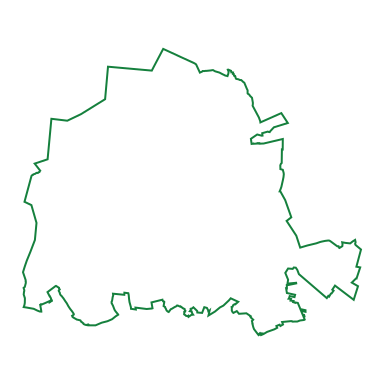 San Diego de la Unión, Guanajuato, Mexico
{"feature_id": "50627088B13411360723514", "entity_name": "San Diego de la Unión", "entity_type": "district", "adm_level": 2, "iso_a3": "MEX", "parent_name": "Mexico", "parent_adm1": "Guanajuato", "projection": "robinson", "projection_center": [-100.814, 21.457], "detail": "fine", "context": "isolated", "style": "outline", "palette": "green", "viewbox_px": 384, "rotation_deg": 0, "n_neighbors": 0, "source": "geoboundaries", "source_scale": "gbopen_adm2", "svg_char_len": 5829}
<svg xmlns="http://www.w3.org/2000/svg" viewBox="0 0 384 384"><path d="M23.7,307.1L25.8,307.4L33.7,308.8L37.4,310.6L39.7,311.5L41.3,311.6L41.3,311.1L40.2,304.9L40.8,304.8L40.8,304.3L40.9,304.2L41.4,304.2L42.0,304.4L42.3,304.3L43.5,303.7L43.9,303.6L49.3,301.2L49.5,302.4L50.5,301.8L50.6,301.3L50.4,300.9L50.5,300.7L50.9,300.9L51.7,301.0L51.9,300.9L51.9,300.4L51.2,299.3L50.9,298.2L49.8,296.1L49.6,296.2L47.5,292.1L55.5,286.1L56.0,285.9L59.0,287.8L59.0,288.4L59.3,288.7L59.3,288.9L59.7,289.5L59.1,290.0L58.7,290.7L58.8,291.0L59.0,291.4L59.8,292.7L59.8,293.3L60.2,294.4L60.8,295.3L61.9,296.3L62.8,297.6L63.3,298.1L65.3,301.2L66.8,303.3L68.3,306.1L70.0,308.7L72.2,311.5L73.7,313.8L73.8,314.5L73.6,314.6L72.9,315.3L72.1,315.8L72.4,316.3L72.5,316.3L72.8,316.9L72.7,317.0L73.1,317.4L76.9,319.6L77.6,319.7L80.4,320.4L81.3,321.9L81.9,322.1L82.1,322.4L82.6,322.7L82.9,323.1L83.3,323.3L83.3,323.6L83.7,324.1L85.3,324.8L87.4,325.2L87.3,324.7L88.2,324.4L88.8,324.8L89.0,325.2L89.2,325.3L95.6,325.3L101.7,322.7L107.5,321.2L112.1,319.2L115.7,316.3L118.2,314.7L118.0,314.3L115.5,311.3L114.5,309.7L112.9,305.5L112.3,304.5L112.0,303.7L111.7,303.4L111.6,302.9L111.6,301.7L111.9,301.3L112.2,300.1L112.7,296.9L113.2,295.5L113.0,293.7L124.3,294.8L124.4,292.7L128.3,293.2L128.7,295.0L129.1,299.3L129.5,302.1L130.9,307.2L131.0,308.8L135.8,309.5L135.5,307.6L146.7,309.0L151.9,308.5L152.5,308.3L151.5,302.4L162.4,299.7L162.5,300.2L163.1,301.3L163.7,301.3L164.3,301.9L163.6,306.1L165.1,307.0L165.2,307.7L165.8,308.6L166.4,310.1L166.7,310.6L167.8,311.6L168.7,312.0L170.8,309.2L172.0,308.7L174.4,307.2L176.6,306.1L177.0,305.5L177.7,305.5L178.7,306.0L180.3,306.7L180.5,306.4L181.5,307.0L182.7,308.2L183.1,308.2L183.8,308.7L184.0,308.7L184.6,309.0L184.6,309.5L184.9,310.1L185.4,310.7L185.2,311.5L184.4,311.6L184.2,311.9L184.4,312.2L184.2,313.3L184.2,314.3L184.5,314.6L185.1,314.4L184.7,314.7L185.2,315.0L186.1,315.9L186.6,315.9L187.5,316.2L188.3,315.7L188.6,316.8L191.8,314.6L192.4,314.8L193.1,314.7L192.6,314.0L191.9,312.6L191.7,311.5L189.9,311.2L190.4,310.5L190.8,310.1L190.6,309.0L190.9,308.9L191.0,308.7L191.7,308.7L193.4,307.3L197.2,311.0L197.3,312.5L202.1,312.9L204.3,307.2L206.9,307.9L208.1,310.2L208.1,310.6L208.2,310.2L208.3,311.2L209.2,310.8L209.4,310.8L209.6,310.6L208.5,315.5L214.9,311.6L220.0,307.4L223.4,305.6L229.0,300.3L230.7,298.3L238.2,301.8L236.5,303.3L235.7,303.7L235.7,303.9L235.3,304.0L235.2,304.4L234.9,304.5L234.3,304.4L234.1,304.6L233.4,304.9L233.0,305.5L232.6,306.7L231.6,307.0L231.8,308.2L231.8,310.6L232.5,312.0L232.8,312.4L233.4,312.9L236.8,311.1L239.0,313.8L246.4,313.3L250.7,316.2L250.3,316.6L250.9,317.4L250.9,317.6L251.1,317.7L253.2,319.7L251.9,321.0L252.6,323.7L252.4,323.8L253.3,327.2L254.0,329.1L258.0,334.4L258.5,334.9L258.6,335.1L259.0,334.9L258.7,334.2L259.9,333.2L261.0,335.1L262.4,334.5L261.8,333.4L263.7,333.6L263.9,333.8L267.1,331.9L274.4,329.3L277.2,327.8L276.4,326.0L279.6,324.7L280.4,326.0L283.0,324.5L282.1,322.0L291.1,321.1L292.0,321.2L292.3,321.4L292.4,321.6L297.4,321.5L300.0,320.5L303.8,320.0L304.4,319.8L304.7,319.6L303.2,315.9L304.4,316.1L304.1,314.9L302.7,314.7L301.1,310.9L305.5,311.8L305.5,310.2L300.4,309.1L297.8,302.9L294.9,302.4L294.9,302.7L293.1,302.1L293.5,301.0L290.5,300.6L291.0,299.0L288.7,298.7L289.0,298.3L289.7,296.1L294.5,297.1L295.1,294.8L286.9,293.0L286.1,288.3L286.9,288.4L286.8,285.1L288.4,285.0L296.2,283.4L296.1,282.8L288.7,283.5L287.5,283.5L288.1,279.7L285.3,272.9L288.1,268.5L292.7,268.9L293.8,267.5L295.8,267.7L297.3,269.9L298.9,274.1L299.1,274.3L326.8,298.1L328.3,295.9L329.1,296.6L330.9,293.6L331.6,293.4L333.6,290.7L332.3,289.7L335.0,285.6L353.7,299.8L358.0,286.2L351.8,282.6L356.6,277.9L356.7,278.0L360.2,267.4L356.4,266.7L361.0,249.5L355.6,245.0L355.1,243.9L355.6,242.2L355.1,239.9L352.7,241.4L350.2,243.4L345.5,242.9L342.2,242.3L342.5,244.1L342.5,244.7L342.3,246.2L339.4,248.0L339.2,247.9L338.6,246.3L338.2,246.2L337.6,246.4L337.3,246.3L330.4,241.2L329.5,240.7L328.9,240.5L328.3,240.5L325.1,240.9L321.7,241.6L320.1,242.0L316.4,243.3L307.3,245.5L300.2,247.6L296.3,235.7L286.6,220.9L291.3,217.3L285.2,200.1L280.3,191.3L279.7,191.3L280.0,190.5L280.4,189.6L281.4,186.8L282.9,180.1L283.5,177.1L283.8,174.2L283.6,172.7L282.8,169.8L280.4,169.1L280.3,165.3L280.9,163.8L281.7,163.0L281.9,149.4L282.7,149.5L282.8,139.0L263.7,143.5L259.5,143.7L259.4,143.1L258.1,143.1L258.3,143.5L252.9,143.8L252.9,143.6L251.6,143.9L250.9,138.8L257.2,134.5L261.8,135.7L262.5,135.6L262.2,133.2L267.8,131.6L268.8,132.0L269.7,132.1L269.9,131.6L273.9,127.3L287.8,123.0L281.3,113.1L260.4,122.4L260.2,121.1L258.9,117.5L252.7,105.9L252.4,105.0L252.1,105.0L252.8,104.7L252.9,102.9L252.0,97.8L249.7,95.5L249.3,94.6L247.8,93.7L247.6,93.4L247.6,90.3L246.8,88.7L244.3,82.7L242.9,81.7L242.3,81.0L241.9,80.7L241.3,80.1L241.0,80.0L240.6,80.1L239.9,80.0L238.4,79.3L236.3,78.9L235.9,78.6L235.4,77.1L235.4,76.6L235.1,75.9L234.9,75.8L234.4,76.0L234.2,75.9L233.9,75.3L233.7,74.0L232.9,74.0L232.7,73.8L233.0,72.5L232.3,72.4L231.6,72.1L231.3,71.7L231.2,71.8L231.0,71.1L231.0,70.8L228.2,69.6L227.8,69.7L228.6,71.8L228.3,73.8L227.5,76.1L226.1,75.7L225.3,75.6L224.2,75.0L222.3,74.1L219.5,72.6L215.1,71.3L213.0,70.1L212.0,70.2L211.1,70.4L206.3,70.9L205.4,70.9L204.1,71.1L202.7,71.0L202.1,71.6L199.9,72.6L196.1,64.4L194.5,63.3L180.5,56.9L163.2,48.9L154.6,65.2L151.8,70.6L108.0,66.7L105.1,99.2L80.9,114.2L67.3,120.7L51.4,118.8L47.6,159.3L34.7,163.6L40.2,170.7L39.9,171.0L39.6,171.6L39.5,171.9L39.4,172.1L38.7,172.2L37.8,173.0L36.9,172.8L36.1,173.1L35.4,173.7L33.3,174.4L33.0,174.9L32.4,175.0L31.5,175.9L24.5,201.8L31.4,205.1L36.5,222.9L34.9,240.0L30.4,251.8L26.8,260.6L24.8,266.4L23.0,272.2L25.7,280.2L25.6,281.2L25.8,281.5L25.8,283.0L24.8,286.9L23.6,287.9L24.2,289.8L24.3,290.9L24.0,291.8L23.7,294.6L24.3,296.3L24.5,297.1L24.7,297.4L24.9,298.6L24.8,302.9L24.4,305.1L23.7,307.1Z" fill="none" stroke="#15803d" stroke-width="2"/></svg>